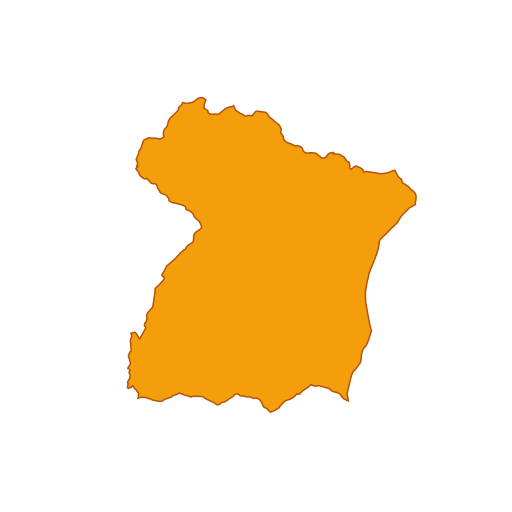 Sucevita, Suceava, Romania (Natural Earth projection), rotated 156°
{"feature_id": "2599482B88987982170225", "entity_name": "Sucevita", "entity_type": "district", "adm_level": 2, "iso_a3": "ROU", "parent_name": "Romania", "parent_adm1": "Suceava", "projection": "natural_earth1", "projection_center": [25.699, 47.77], "detail": "fine", "context": "isolated", "style": "filled", "palette": "amber", "viewbox_px": 512, "rotation_deg": 156, "n_neighbors": 0, "source": "geoboundaries", "source_scale": "gbopen_adm2", "svg_char_len": 6121}
<svg xmlns="http://www.w3.org/2000/svg" viewBox="0 0 512 512"><g transform="rotate(156 256 256)"><path d="M328.9,385.4L330.2,384.7L329.9,382.9L329.0,380.0L329.3,378.9L329.4,377.5L329.2,376.3L326.9,372.1L325.9,371.5L324.8,371.4L324.0,371.2L323.7,369.6L323.0,368.2L322.6,366.2L322.2,365.3L321.2,364.2L318.4,362.7L318.1,362.0L317.8,361.1L317.8,360.6L318.1,359.2L318.2,357.7L317.9,356.4L317.8,353.8L317.6,353.0L316.8,351.8L315.6,350.3L313.7,348.6L313.1,347.7L312.3,343.7L312.9,342.2L312.9,341.7L311.1,339.2L309.5,337.9L305.9,335.3L302.1,332.0L300.6,330.2L300.5,329.6L300.7,328.2L301.0,327.5L300.9,327.1L300.2,326.1L299.2,324.9L298.2,324.2L297.4,322.4L296.6,321.2L296.4,320.6L296.4,319.5L296.5,317.0L295.2,313.4L294.4,312.2L293.6,310.6L293.7,305.7L294.0,304.5L295.0,303.6L297.1,302.9L300.4,302.5L302.7,301.6L305.2,299.3L305.2,298.3L305.9,297.4L307.3,295.0L308.6,294.1L314.0,293.4L315.7,292.5L317.7,291.1L319.0,290.9L323.7,289.6L330.6,286.6L336.7,284.6L341.8,283.2L346.0,279.5L349.5,277.4L349.9,276.7L348.8,273.6L349.3,272.3L350.2,271.7L355.7,269.3L361.4,267.4L362.5,264.9L371.1,251.3L376.9,248.8L379.4,247.2L380.2,246.2L380.9,243.3L381.9,242.1L382.5,241.2L384.6,239.9L385.8,238.9L386.2,237.7L385.9,236.1L385.9,235.2L395.7,227.7L395.8,227.6L396.4,229.2L396.7,233.1L397.0,234.1L397.6,235.5L399.6,235.8L399.8,236.2L401.8,236.2L401.7,235.5L401.8,234.4L402.1,233.5L402.5,232.8L405.5,229.4L405.4,229.0L406.8,225.2L407.0,224.4L408.2,221.2L408.8,220.2L409.4,219.8L410.6,219.4L411.2,218.9L411.6,217.8L412.8,217.4L413.3,216.1L413.5,215.4L413.3,214.5L413.7,213.0L413.6,212.4L414.0,211.6L414.1,210.0L414.7,208.6L415.1,208.1L416.2,207.2L416.9,207.1L417.3,206.7L417.8,206.5L418.0,206.2L418.5,205.9L418.7,205.7L418.8,205.4L417.9,204.2L417.7,203.1L417.8,202.4L419.1,201.6L419.4,201.0L419.6,199.6L419.4,198.7L419.4,198.3L419.7,197.8L421.4,195.3L421.9,194.8L422.8,194.6L423.2,194.4L423.6,193.6L424.8,192.9L425.0,192.6L424.6,191.6L426.9,188.5L426.9,187.8L426.4,186.9L426.2,186.8L425.9,186.9L425.5,187.2L424.5,187.0L424.2,187.3L424.1,187.2L423.6,186.8L423.4,186.8L422.7,187.4L422.0,187.4L421.4,187.7L421.2,187.6L421.2,187.3L421.5,187.0L421.3,186.8L420.8,184.1L420.2,183.3L419.2,178.5L419.3,177.5L420.4,176.3L420.5,175.2L421.6,174.2L420.5,174.1L418.0,173.5L416.2,172.8L415.1,172.1L410.3,168.0L409.6,167.0L408.8,166.3L403.2,162.3L400.5,161.6L397.9,162.1L394.3,161.9L391.2,161.6L390.3,161.6L388.6,162.2L384.9,161.8L381.6,162.0L378.2,158.4L373.6,154.6L372.9,153.7L372.4,153.5L371.3,153.7L365.8,151.3L361.9,149.2L361.3,148.6L360.4,146.8L359.4,145.3L353.9,138.9L352.3,136.2L351.3,135.5L350.6,135.4L349.2,135.4L348.3,135.6L347.6,136.0L347.1,136.0L346.3,136.0L344.6,135.5L342.4,135.6L338.3,136.5L334.0,137.1L333.5,137.2L332.9,137.8L332.4,137.9L329.2,137.9L328.5,137.2L327.2,134.8L326.1,134.0L324.3,133.1L322.8,131.7L322.4,131.4L319.3,130.0L318.6,129.6L317.0,127.7L315.7,126.7L312.8,125.8L311.2,123.3L310.6,121.5L310.3,118.6L310.6,116.0L310.3,114.8L308.4,112.5L307.6,111.0L307.3,109.4L306.7,108.4L306.4,107.5L302.5,107.3L297.7,107.8L296.2,108.1L295.1,109.1L288.3,111.8L287.0,111.8L283.5,111.3L280.1,111.5L277.5,112.2L274.7,113.5L274.1,112.7L272.6,112.3L272.1,112.3L267.8,113.9L264.1,114.5L261.9,114.9L260.1,115.6L258.1,116.1L257.3,115.1L255.5,113.4L253.7,112.6L252.4,112.4L251.5,112.2L245.2,106.9L243.5,105.8L243.1,105.2L242.3,103.2L241.1,101.3L239.9,100.1L237.6,98.4L236.0,96.7L235.5,96.0L235.3,95.3L235.1,93.5L234.8,92.3L233.7,89.5L230.6,86.0L228.8,93.2L220.0,104.8L216.5,109.0L214.6,110.7L210.5,112.4L204.8,115.6L203.2,117.1L199.3,123.7L196.1,127.4L191.5,129.5L186.6,134.3L181.0,140.7L179.8,147.7L177.4,157.9L174.5,169.5L171.1,177.8L167.6,183.5L159.9,194.0L144.7,209.0L141.3,212.9L137.6,218.7L136.0,220.5L113.6,228.9L107.1,233.3L96.6,237.5L89.4,238.2L88.6,240.3L87.4,241.8L86.2,243.9L85.2,246.1L85.1,249.0L86.3,252.2L87.4,253.8L88.6,257.8L92.3,263.0L92.0,267.1L93.1,269.1L93.8,270.9L94.2,275.5L94.2,277.8L95.5,278.2L101.4,278.4L103.6,278.8L107.6,280.0L109.1,280.7L111.5,282.3L112.2,282.7L113.4,283.7L114.5,284.4L116.6,285.6L118.4,286.8L120.1,287.8L120.9,288.4L123.6,289.1L123.2,291.3L123.5,292.0L123.9,292.7L125.2,294.7L125.8,295.1L126.5,295.8L127.3,297.1L127.7,297.4L129.9,297.6L133.8,296.5L134.6,298.4L133.6,300.3L133.0,302.5L132.8,303.7L133.2,304.4L133.9,305.1L134.5,306.1L135.4,310.9L137.2,312.8L137.5,313.6L138.8,315.2L142.7,317.3L143.8,317.7L143.0,318.9L143.8,319.3L144.8,319.7L146.7,320.0L149.0,319.7L149.5,319.1L150.2,318.8L151.1,318.6L151.8,318.0L151.9,317.7L152.8,317.5L155.1,318.3L155.7,318.4L156.3,319.1L157.1,321.0L158.1,322.6L158.6,324.0L159.3,325.2L160.7,326.4L161.2,326.7L162.0,327.0L163.2,327.7L164.8,328.4L166.5,328.8L167.8,329.5L168.9,330.4L169.6,331.4L170.2,333.3L170.2,333.9L170.0,334.8L169.9,335.8L170.1,336.4L171.1,338.2L173.1,339.9L175.6,340.8L179.2,345.0L181.0,346.6L181.9,347.7L182.4,348.1L182.6,348.4L182.9,350.5L183.2,351.4L183.1,352.3L182.6,353.3L182.5,354.1L183.1,358.6L182.9,359.4L181.3,361.5L181.2,362.5L181.6,366.2L184.4,371.6L185.1,373.6L187.4,377.7L187.6,380.1L188.0,382.0L188.5,383.2L189.6,383.8L196.1,387.9L197.3,388.2L197.5,388.2L202.8,385.7L205.8,387.7L208.1,387.9L209.0,388.1L209.5,388.5L209.9,389.7L211.2,391.6L212.1,392.2L212.8,393.4L215.3,397.5L215.4,398.4L215.2,402.5L216.6,402.1L219.8,403.0L221.1,403.1L223.1,403.1L226.4,402.4L231.5,401.0L233.3,400.9L235.6,402.4L238.1,403.1L239.7,404.1L241.3,405.5L241.4,406.2L240.9,408.2L241.7,409.8L242.2,410.6L242.9,411.6L243.4,411.9L243.4,412.4L242.4,413.9L242.5,414.5L239.9,417.4L238.3,419.0L239.7,421.6L240.3,422.3L241.9,423.1L244.0,423.6L244.8,423.6L247.7,422.8L250.5,422.3L251.9,422.3L252.9,422.6L256.8,423.4L258.3,424.2L260.3,426.0L262.9,424.2L265.3,423.5L266.7,422.6L267.1,421.8L267.8,420.8L273.0,418.7L277.9,417.1L280.1,415.7L281.5,414.4L283.5,411.7L285.2,410.1L288.2,408.9L290.3,406.7L291.5,403.8L291.6,402.6L293.0,401.9L295.8,401.9L297.0,402.3L298.7,403.8L303.6,406.3L306.0,407.7L309.2,407.5L310.8,407.7L312.2,406.8L317.8,400.8L320.0,399.7L321.9,396.9L326.0,393.2L326.3,392.4L326.2,389.4L326.8,388.6L327.0,387.9L327.3,387.4L327.8,387.2L328.4,386.7L328.4,386.2L327.8,385.8L327.8,385.6L328.9,385.4Z" fill="#f59e0b" stroke="#b45309" stroke-width="1.5"/></g></svg>